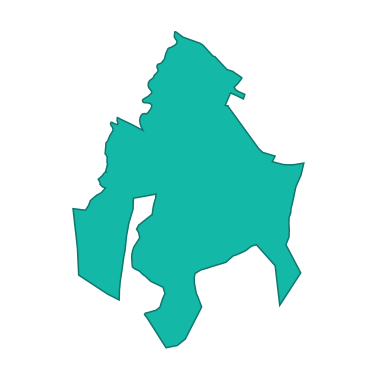 San Dionisio Ocotlán, Oaxaca, Mexico (Robinson projection), rotated 96°
{"feature_id": "50627088B55356833838726", "entity_name": "San Dionisio Ocotlán", "entity_type": "district", "adm_level": 2, "iso_a3": "MEX", "parent_name": "Mexico", "parent_adm1": "Oaxaca", "projection": "robinson", "projection_center": [-96.667, 16.751], "detail": "fine", "context": "isolated", "style": "filled", "palette": "teal", "viewbox_px": 384, "rotation_deg": 96, "n_neighbors": 0, "source": "geoboundaries", "source_scale": "gbopen_adm2", "svg_char_len": 3796}
<svg xmlns="http://www.w3.org/2000/svg" viewBox="0 0 384 384"><g transform="rotate(96 192 192)"><path d="M286.5,296.0L295.8,278.0L297.6,274.5L301.4,267.2L301.6,266.9L302.3,265.5L304.0,260.9L305.2,257.8L306.9,253.5L307.0,253.1L297.0,253.9L287.5,254.0L277.0,253.5L267.6,253.2L265.1,253.1L263.4,253.1L257.4,252.5L256.1,252.5L249.5,252.5L246.0,252.5L242.7,252.5L240.8,252.4L229.9,251.6L218.0,249.4L216.3,249.0L215.7,249.0L214.6,248.9L204.3,249.6L197.9,227.6L201.8,227.5L205.2,228.2L209.1,228.8L209.8,228.9L213.5,229.1L218.9,229.3L218.8,229.6L227.9,238.9L229.4,240.4L230.2,241.4L234.7,243.3L238.0,240.8L242.6,239.3L243.3,239.4L243.8,239.6L250.8,243.1L251.8,243.6L253.1,244.2L254.2,244.3L255.4,244.7L256.8,245.0L258.1,245.0L259.1,245.2L263.3,245.2L269.4,244.1L272.7,243.5L274.3,241.2L275.3,238.4L275.4,238.0L276.1,236.2L276.6,235.3L277.5,234.3L278.2,233.5L279.5,231.7L280.5,229.8L285.2,223.7L289.7,210.9L295.8,208.2L300.3,209.8L304.7,210.8L309.8,211.8L313.4,215.5L317.5,225.9L318.9,226.4L322.0,223.4L345.5,204.8L349.6,201.5L346.2,190.6L338.9,183.3L305.4,170.4L300.9,172.6L295.8,175.2L292.2,177.2L287.4,178.6L282.8,180.0L276.8,180.9L272.7,180.4L268.6,175.1L266.3,169.4L263.5,163.2L260.9,156.9L258.4,151.0L254.9,147.8L251.3,144.5L249.6,140.8L246.7,135.7L244.9,132.7L242.1,129.8L239.6,127.1L237.7,122.4L256.6,101.6L295.5,92.9L261.1,75.4L250.2,82.7L234.6,93.1L226.6,90.8L218.9,91.4L213.7,92.3L207.2,92.8L203.1,91.7L197.9,91.8L192.9,91.0L176.1,89.3L163.6,85.3L161.7,85.1L151.5,83.8L154.0,92.7L154.3,94.4L154.7,96.8L155.0,100.3L155.1,104.3L154.2,110.5L153.4,115.4L151.6,114.6L147.6,113.1L145.2,125.9L141.7,130.4L103.2,165.0L102.7,164.9L102.3,168.0L100.4,167.4L90.2,164.3L89.5,163.8L90.0,162.4L91.4,157.9L94.1,150.6L89.4,149.7L87.2,156.5L86.7,157.2L86.4,158.0L85.9,159.0L83.4,161.1L79.8,158.1L75.9,155.6L73.9,154.5L73.1,154.4L69.7,160.7L67.7,164.3L66.5,170.1L57.5,180.5L54.9,183.5L54.7,185.3L45.0,196.2L43.3,199.3L39.1,216.5L39.0,217.0L34.9,224.0L34.4,225.0L34.6,225.9L37.0,225.9L39.7,225.8L41.6,224.4L42.8,223.2L43.8,222.6L45.2,222.7L45.8,222.8L47.3,223.9L47.9,224.7L48.1,224.8L48.7,225.5L49.3,226.8L50.2,227.6L51.2,230.0L52.4,231.0L54.1,231.5L56.6,232.4L59.5,232.9L62.6,233.2L63.6,233.9L64.8,234.6L66.2,235.6L66.9,236.1L67.8,237.3L68.1,238.5L68.9,239.6L70.2,240.0L71.7,239.9L72.8,239.3L74.0,238.5L75.2,238.5L76.8,239.2L77.7,239.9L79.9,241.7L81.2,242.1L82.2,242.3L83.8,243.8L85.3,245.4L86.4,246.2L87.9,246.7L89.9,246.8L92.0,246.3L93.7,245.1L94.6,244.0L96.2,242.8L97.2,242.4L98.1,242.7L99.7,244.1L101.1,245.3L103.8,248.8L105.4,250.7L107.2,250.6L108.2,249.0L108.0,245.3L108.5,242.4L109.9,241.1L112.0,241.2L113.9,241.9L116.7,243.5L119.0,245.2L118.9,247.0L119.2,248.3L119.3,249.0L120.3,250.0L121.9,250.9L123.7,251.4L125.5,251.5L127.6,251.2L128.5,250.8L129.2,250.8L130.0,250.6L130.9,250.1L132.6,249.3L135.8,247.2L134.0,252.0L131.7,257.6L131.4,258.5L130.8,260.0L128.2,267.5L127.1,270.5L125.8,273.5L125.8,273.8L125.8,274.0L126.4,274.1L128.4,274.1L131.1,272.9L131.9,272.9L132.4,273.1L132.7,273.6L132.4,275.2L132.2,276.2L131.4,278.1L131.0,279.2L131.2,279.8L132.2,280.1L133.1,280.1L134.7,279.1L135.8,278.0L138.0,277.0L139.6,277.2L143.3,279.0L144.7,279.6L148.0,280.7L149.4,280.8L152.1,282.7L153.7,282.6L163.2,282.4L163.3,281.7L164.9,280.9L166.1,279.8L168.2,280.0L170.5,279.6L171.5,279.7L173.0,278.7L173.9,279.1L174.8,279.3L175.9,279.2L176.7,279.4L177.6,279.7L178.7,279.6L179.8,279.9L180.9,279.4L180.7,280.1L181.6,280.6L183.2,281.9L185.0,282.8L186.6,284.2L188.2,285.7L189.1,286.6L190.3,285.7L192.9,284.2L194.0,284.3L196.2,281.7L196.9,278.5L202.1,282.0L205.2,286.5L211.2,292.2L216.0,293.4L221.2,296.0L221.1,303.4L221.0,308.6L225.4,307.6L226.4,307.4L231.0,306.4L232.7,306.0L234.8,305.6L241.9,304.0L244.5,303.4L247.7,302.7L260.7,299.9L260.9,299.9L286.5,296.0Z" fill="#14b8a6" stroke="#0f766e" stroke-width="1.5"/></g></svg>